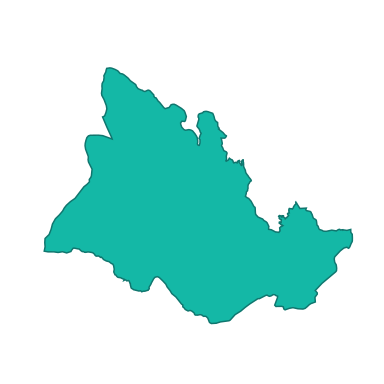 Sopotu Nou, Caras-Severin, Romania, rotated 353°
{"feature_id": "2599482B45172043222340", "entity_name": "Sopotu Nou", "entity_type": "district", "adm_level": 2, "iso_a3": "ROU", "parent_name": "Romania", "parent_adm1": "Caras-Severin", "projection": "albers", "projection_center": [21.877, 44.803], "detail": "fine", "context": "isolated", "style": "filled", "palette": "teal", "viewbox_px": 384, "rotation_deg": 353, "n_neighbors": 0, "source": "geoboundaries", "source_scale": "gbopen_adm2", "svg_char_len": 6067}
<svg xmlns="http://www.w3.org/2000/svg" viewBox="0 0 384 384"><g transform="rotate(353 192 192)"><path d="M301.0,316.2L301.2,311.5L303.9,308.6L304.0,307.3L302.3,304.8L309.9,298.5L324.8,288.8L325.8,287.8L326.3,285.3L326.3,282.8L326.2,281.7L325.1,279.2L325.0,275.8L325.7,273.8L332.0,268.5L335.1,266.6L336.4,266.0L339.0,265.7L340.4,266.9L341.3,266.5L342.1,265.4L343.7,262.5L344.8,261.0L345.2,260.0L345.6,257.1L345.9,253.5L344.7,251.4L345.0,248.5L341.1,249.0L337.8,248.1L337.2,248.3L337.1,247.8L334.6,247.8L334.1,247.1L333.6,247.0L332.6,247.2L330.5,248.2L326.1,246.9L320.5,247.4L317.7,246.9L316.4,245.9L314.1,244.8L313.4,243.8L313.1,241.8L312.7,240.8L312.0,240.0L312.0,236.5L311.9,235.1L311.1,234.2L309.7,233.2L309.1,232.3L308.4,228.6L307.8,227.6L307.8,226.7L306.9,225.7L303.5,224.5L303.0,224.0L302.8,223.2L303.5,221.9L297.1,221.5L294.7,216.5L294.7,216.1L294.0,215.2L293.8,214.6L293.7,214.7L293.8,216.4L292.4,217.4L291.4,218.6L290.9,219.2L290.7,220.0L289.5,221.1L289.1,220.7L288.6,220.8L286.6,220.2L286.2,220.7L285.8,222.0L286.1,222.6L285.7,223.5L286.0,224.6L284.4,224.9L284.1,225.4L285.0,227.2L283.5,228.3L283.0,229.0L282.4,229.0L281.3,229.9L281.2,229.3L280.5,228.8L279.9,228.0L279.9,226.8L279.7,226.7L278.6,226.5L278.5,227.5L278.2,227.9L277.7,227.6L277.4,226.7L276.2,226.0L275.7,226.1L275.0,226.7L275.0,226.9L275.6,227.4L275.7,227.8L275.3,228.6L275.7,229.4L277.2,230.2L277.3,230.5L277.1,231.3L276.7,232.0L276.9,232.7L276.7,233.2L276.0,233.1L275.1,232.5L274.7,233.4L276.1,234.8L276.3,235.3L277.1,235.5L278.0,236.4L277.2,236.5L277.0,237.1L275.7,237.4L274.6,238.3L274.7,241.3L274.3,241.4L273.3,242.7L271.1,242.0L270.3,242.0L266.1,239.1L263.5,238.4L263.9,235.7L264.1,235.5L262.7,231.5L261.6,230.3L260.0,229.2L258.8,227.4L254.6,225.0L252.5,222.0L252.4,220.3L252.7,216.3L252.7,214.9L251.7,214.0L249.5,208.3L247.4,205.2L246.4,204.7L244.5,202.9L245.6,200.3L246.0,198.5L247.3,197.5L247.5,196.4L248.1,195.0L248.1,193.8L248.5,192.1L249.0,191.1L249.7,190.5L250.8,188.9L252.2,188.1L252.0,187.0L250.1,183.9L249.5,182.5L248.7,181.3L247.7,179.2L247.6,176.9L246.5,173.7L246.4,172.0L246.6,171.0L246.7,168.7L246.5,168.1L246.7,167.3L246.7,166.3L246.2,166.3L244.7,167.8L244.8,169.2L245.1,170.4L245.0,171.0L244.5,171.7L244.0,171.4L243.9,170.8L242.2,168.0L242.2,167.5L243.1,167.1L242.7,166.4L240.9,167.1L240.3,168.6L239.0,167.9L238.1,167.9L237.5,168.2L237.0,168.2L236.7,167.8L236.4,166.1L235.7,164.9L234.5,164.3L233.2,163.0L231.9,164.7L229.7,165.6L229.4,165.1L230.0,164.3L230.3,163.2L230.4,160.6L231.5,157.8L231.4,157.1L230.9,156.3L228.6,154.8L227.7,151.3L227.1,150.4L227.0,149.2L227.8,148.1L228.0,147.3L227.7,143.5L227.4,142.1L231.1,142.5L232.0,141.9L233.0,140.6L233.0,140.4L231.7,139.4L230.1,136.9L226.2,132.9L226.7,132.8L226.5,131.6L225.6,130.1L225.9,126.1L224.5,124.9L223.4,122.9L223.1,120.1L222.5,117.4L222.1,116.4L217.6,114.2L216.0,113.7L214.8,113.6L213.2,113.8L212.2,114.7L208.7,115.3L207.6,116.4L207.2,118.3L207.7,119.5L207.6,120.8L204.9,127.1L205.4,128.3L206.6,130.1L207.2,131.7L207.5,133.5L208.2,134.8L207.0,136.8L205.6,139.7L206.3,141.1L205.9,144.3L204.9,146.6L204.2,146.5L203.5,145.9L203.2,144.9L203.7,143.4L203.9,141.7L203.8,140.5L203.9,139.1L203.2,137.0L202.0,134.5L200.0,131.4L198.5,130.4L196.5,129.7L193.1,129.9L191.6,129.1L189.7,126.4L189.1,123.7L189.1,122.0L190.6,120.5L193.3,121.1L194.1,120.4L195.6,116.4L194.7,112.0L194.1,110.3L191.8,107.8L186.7,103.7L184.9,102.7L183.2,102.6L181.8,102.9L179.7,105.3L175.4,106.0L174.2,104.7L170.7,99.0L169.5,97.7L167.8,94.2L166.6,93.7L165.9,92.6L165.9,91.0L162.7,86.5L161.7,85.8L161.2,85.6L160.4,85.6L157.6,86.5L156.7,86.2L155.8,85.8L155.2,85.0L154.0,84.6L151.1,82.9L149.8,80.8L149.2,78.5L144.3,74.0L142.4,71.1L138.9,67.5L137.5,66.4L135.1,65.6L133.1,62.7L130.5,60.9L127.4,59.3L125.6,58.8L122.4,58.9L121.6,60.6L121.1,62.3L118.7,65.9L118.7,67.6L117.8,71.1L116.8,72.2L116.0,73.5L115.5,75.9L115.4,78.4L114.2,83.0L114.3,85.2L116.0,89.6L117.5,95.8L117.6,99.1L116.3,102.6L114.5,105.9L112.4,106.6L115.4,117.1L118.7,127.5L119.2,129.7L110.3,125.2L106.0,124.2L97.9,123.3L96.0,123.7L94.3,125.2L93.0,127.9L92.0,130.6L91.5,133.0L91.6,136.5L93.4,144.1L93.2,145.7L92.8,147.2L92.9,149.6L95.6,157.2L94.1,163.7L93.3,165.2L91.6,167.0L91.4,169.5L88.6,171.7L85.4,173.6L75.1,184.1L70.2,186.7L65.7,189.9L63.3,192.3L61.3,195.1L57.4,198.7L53.2,201.9L49.6,206.8L47.6,211.9L45.0,216.8L40.5,220.2L39.7,224.3L39.5,228.5L38.1,232.7L41.6,233.8L47.7,234.6L51.7,235.7L56.2,235.5L60.2,237.2L64.6,236.3L65.3,235.2L67.2,233.3L68.5,233.4L71.7,234.5L73.2,234.9L74.3,236.4L75.8,237.8L77.0,237.9L78.0,238.7L79.0,238.9L81.5,238.8L83.2,239.2L86.0,240.1L87.7,241.9L87.9,242.7L88.8,243.8L89.8,244.1L91.2,244.0L92.1,244.6L93.3,245.8L94.1,245.6L95.5,247.3L95.8,248.1L98.5,250.0L101.3,251.1L103.2,253.1L104.6,253.9L105.2,255.5L105.4,259.1L104.6,261.8L105.5,264.8L106.3,265.1L107.0,266.5L107.9,267.5L108.5,267.8L110.7,268.4L112.6,269.7L114.0,270.3L114.0,270.8L113.6,271.5L115.0,271.0L116.3,271.9L116.5,272.3L118.0,272.1L118.5,272.3L119.0,273.6L119.3,275.0L119.5,275.1L119.7,275.6L119.5,276.4L119.9,279.8L120.3,280.3L121.3,281.0L122.0,281.8L127.2,283.8L129.0,283.8L129.9,284.9L131.8,284.5L133.1,284.7L136.6,284.1L136.8,283.6L137.7,283.0L137.8,282.4L137.7,281.7L137.9,281.1L139.9,278.6L140.7,277.2L143.5,273.3L144.9,272.1L147.4,271.8L149.1,272.9L149.6,273.5L152.2,276.7L154.8,280.3L155.8,283.3L158.2,287.2L159.6,290.4L163.3,294.3L167.9,301.9L169.1,303.0L168.9,304.9L170.0,306.0L171.0,307.8L173.6,309.6L175.6,309.3L177.1,310.0L179.0,311.9L179.6,312.8L179.6,313.6L180.2,314.5L182.6,314.9L185.0,314.7L186.7,315.2L187.3,316.0L188.6,316.9L189.5,316.8L190.9,317.3L192.3,319.1L193.4,323.4L193.9,324.0L195.2,324.9L200.1,325.2L204.4,324.4L213.1,324.3L214.3,323.8L219.8,319.0L226.0,316.1L230.7,313.0L235.6,310.2L244.4,305.9L245.8,306.1L252.7,303.6L253.9,303.5L255.2,304.5L256.3,305.0L258.3,304.6L259.9,303.7L261.8,304.1L262.9,305.2L264.3,305.8L264.0,307.2L260.3,314.4L261.3,315.8L267.0,316.4L268.6,317.1L268.9,319.3L270.0,320.3L274.5,319.3L278.1,319.1L282.9,320.8L287.9,321.7L290.1,321.3L292.3,319.9L294.4,318.3L296.3,317.3L301.0,316.2Z" fill="#14b8a6" stroke="#0f766e" stroke-width="1.5"/></g></svg>